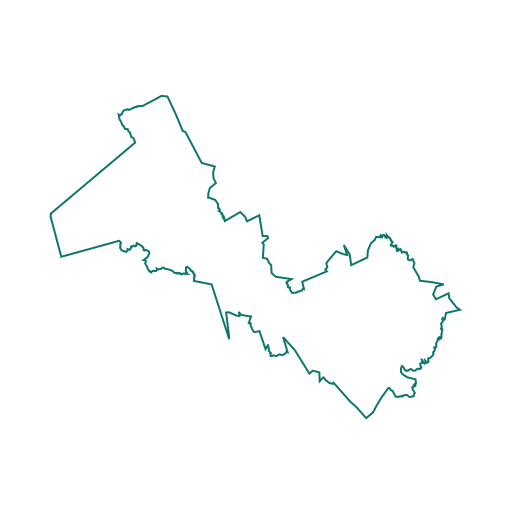 outline of Ocampo, Durango, Mexico, rotated 187°
{"feature_id": "50627088B65155836914423", "entity_name": "Ocampo", "entity_type": "district", "adm_level": 2, "iso_a3": "MEX", "parent_name": "Mexico", "parent_adm1": "Durango", "projection": "albers", "projection_center": [-105.7, 26.458], "detail": "fine", "context": "isolated", "style": "outline", "palette": "teal", "viewbox_px": 512, "rotation_deg": 187, "n_neighbors": 0, "source": "geoboundaries", "source_scale": "gbopen_adm2", "svg_char_len": 6037}
<svg xmlns="http://www.w3.org/2000/svg" viewBox="0 0 512 512"><g transform="rotate(187 256 256)"><path d="M50.7,229.4L59.0,237.6L60.3,242.4L72.1,235.0L75.5,239.3L73.3,247.6L66.1,250.7L78.6,251.5L90.2,251.4L92.2,255.8L98.3,263.6L98.5,264.3L97.9,267.8L98.1,268.8L99.3,270.2L99.4,271.3L100.1,272.0L100.6,272.1L102.0,270.6L103.5,270.5L104.8,271.1L105.2,273.5L105.0,274.7L105.5,275.5L106.2,275.9L106.7,277.9L107.0,278.0L107.2,277.3L109.9,278.3L110.5,277.6L111.8,277.2L112.3,278.7L113.4,280.4L114.2,279.7L115.3,280.3L115.5,279.4L115.9,280.1L116.1,279.4L115.8,278.8L116.6,278.2L117.1,279.1L117.0,280.4L117.4,280.5L118.3,282.3L117.9,283.5L118.4,283.7L119.0,283.0L120.2,283.0L120.4,282.1L122.4,283.0L123.1,282.6L123.6,283.1L122.7,285.1L122.9,286.6L122.5,286.7L123.8,287.8L124.4,288.9L124.6,288.7L125.3,290.3L126.6,290.8L127.4,291.5L128.0,290.2L128.4,289.8L129.0,290.0L129.1,290.9L128.6,290.9L128.3,291.2L128.3,291.9L128.7,292.4L128.6,291.7L129.2,291.8L129.9,290.9L130.4,290.8L130.6,290.9L130.4,291.6L131.1,292.3L132.3,292.5L133.0,291.2L134.4,291.3L134.7,291.8L135.1,291.1L135.1,290.6L132.4,289.9L139.1,289.6L140.1,286.4L143.5,282.6L145.6,275.2L145.3,268.1L160.4,258.5L163.1,268.8L170.1,277.6L165.7,268.1L169.8,268.5L177.0,270.5L184.8,258.5L185.2,256.8L183.8,253.5L185.6,251.0L183.8,249.4L207.0,236.1L204.4,229.2L205.3,229.5L206.2,227.4L209.0,226.0L210.1,225.9L211.1,224.7L215.4,223.8L216.1,224.0L218.3,227.0L218.4,228.9L220.0,228.7L220.6,229.1L220.8,231.2L221.7,232.0L221.7,232.5L222.1,232.5L222.4,232.9L222.2,233.5L222.5,234.0L217.9,237.4L233.9,237.8L238.4,240.9L239.9,248.9L241.9,250.4L244.7,254.6L249.0,255.1L249.7,268.4L251.3,269.9L246.2,275.3L247.2,277.2L251.8,276.5L257.7,296.8L269.2,289.3L271.5,293.5L277.0,297.7L291.1,287.0L291.2,288.2L291.5,288.5L291.9,288.3L292.2,289.8L293.0,289.6L292.9,291.2L293.3,291.2L293.1,291.4L294.1,292.4L294.3,293.1L295.1,293.2L294.8,293.7L295.1,294.2L297.0,295.4L297.2,296.1L298.0,296.2L297.6,296.7L297.7,297.1L298.1,297.0L297.8,298.1L298.1,298.6L299.2,298.9L299.1,299.2L299.7,299.7L300.1,302.9L303.3,306.7L309.8,308.2L310.6,308.1L310.9,312.6L310.1,317.8L304.7,323.6L307.5,327.6L308.8,333.6L307.8,339.8L321.2,341.7L341.2,370.5L344.0,371.2L352.1,385.6L363.3,403.5L369.3,403.4L386.8,391.1L390.8,390.6L392.3,389.6L392.5,389.8L393.1,389.6L393.5,389.0L394.6,389.0L395.2,388.3L396.1,388.1L398.7,386.1L400.1,385.6L400.7,385.9L400.9,385.5L401.6,385.8L403.8,385.0L405.3,383.9L406.1,382.4L406.4,380.4L407.3,380.1L408.0,379.1L409.6,379.7L408.0,374.8L407.1,373.9L404.3,369.3L403.4,369.0L401.5,366.2L398.9,366.3L397.8,364.3L396.2,363.2L394.4,359.1L391.7,357.9L389.8,353.8L464.9,273.0L464.6,272.4L464.8,270.4L449.2,231.5L393.7,254.4L391.6,252.7L392.2,250.8L391.6,249.3L392.0,247.6L390.1,245.4L388.7,244.7L387.6,244.9L385.7,244.1L385.0,244.5L384.2,245.9L384.4,247.2L382.1,246.8L380.8,249.2L381.2,250.1L380.9,250.4L379.8,250.4L378.6,251.5L377.2,250.8L376.3,251.3L375.9,252.2L376.1,253.9L375.9,254.3L370.0,251.7L369.7,250.9L369.2,250.9L368.5,249.9L368.4,248.3L367.2,247.8L366.4,248.6L363.6,248.0L362.6,247.0L362.1,245.5L362.7,244.4L363.0,242.8L364.2,240.8L364.8,240.6L367.0,238.3L365.3,238.3L365.0,237.9L364.6,236.7L365.2,235.2L362.5,231.7L362.3,230.6L360.4,228.5L360.2,227.8L359.2,228.0L358.1,226.9L356.7,228.7L353.5,228.9L352.6,230.1L352.7,230.5L352.2,230.6L352.6,231.3L351.3,230.8L349.7,231.2L348.5,231.7L347.8,232.8L346.2,233.3L344.9,232.2L341.8,232.2L337.0,231.0L335.1,229.5L334.2,229.2L332.9,229.6L332.3,229.0L331.4,229.7L330.7,229.6L330.8,229.2L330.3,229.2L330.1,229.7L329.3,229.7L328.5,229.4L328.3,228.7L327.2,228.8L326.0,229.8L324.9,229.7L324.3,230.1L323.5,229.4L323.0,230.0L322.0,230.0L322.6,230.4L322.5,230.9L323.7,232.5L324.0,233.5L323.8,234.6L324.2,235.9L323.9,236.4L323.0,236.8L319.8,235.2L319.3,233.7L318.3,233.6L318.0,233.0L317.0,233.0L316.6,232.7L316.2,232.3L316.4,231.7L316.1,231.1L314.8,230.3L314.5,229.1L314.8,229.0L314.2,228.4L314.6,227.0L315.0,226.5L314.6,225.9L314.6,223.7L296.6,222.4L272.5,170.2L273.7,176.0L278.8,196.3L276.0,196.8L268.1,194.5L265.2,194.4L265.4,196.8L266.5,198.5L263.6,195.7L253.6,195.3L255.0,188.6L253.4,188.6L253.0,188.4L253.4,187.9L253.1,187.7L253.0,186.6L252.4,185.3L251.8,184.9L250.9,182.7L248.5,180.2L243.4,181.8L235.2,164.7L233.1,169.7L233.1,166.9L232.0,166.3L232.0,164.7L231.6,163.3L229.5,161.6L229.9,161.1L229.6,160.8L229.6,159.3L229.3,158.6L228.0,158.5L227.1,159.4L226.4,159.6L224.1,159.0L222.1,160.0L222.0,160.5L221.3,161.1L217.4,161.0L215.2,162.4L214.5,164.1L213.9,164.6L212.9,164.3L219.2,178.8L206.0,167.3L188.7,145.8L185.6,149.1L179.0,148.2L177.5,139.5L174.6,143.6L174.0,143.7L172.2,141.6L167.4,138.7L166.1,138.8L164.2,138.4L163.6,139.7L144.5,122.8L137.7,118.1L126.9,108.5L120.8,115.0L118.1,122.2L114.3,130.7L108.6,141.0L107.2,141.0L105.4,139.1L104.0,138.8L100.3,133.4L97.5,133.5L96.6,134.1L95.8,134.0L94.3,135.0L93.7,134.4L92.1,135.9L89.2,136.5L87.0,135.0L85.0,134.9L84.5,135.5L82.5,136.0L82.3,138.2L81.8,138.7L81.7,139.5L84.0,142.5L84.9,144.5L84.2,145.0L83.7,147.0L82.9,147.0L82.4,146.2L82.0,146.6L82.0,147.6L82.7,147.8L82.8,148.2L82.7,148.6L81.8,149.3L81.8,149.7L82.7,153.0L91.3,154.1L96.1,156.6L98.0,158.4L98.4,162.3L97.8,163.7L97.9,164.5L97.5,164.6L96.0,163.5L94.4,161.1L93.6,161.0L92.6,160.1L91.7,160.8L90.4,161.1L89.8,162.0L88.3,162.7L86.0,161.3L84.0,161.6L82.3,163.7L79.4,163.9L78.2,165.4L78.5,165.9L79.1,166.1L79.8,168.7L79.8,169.5L78.6,169.9L78.0,171.1L78.8,173.3L78.4,173.2L78.2,172.3L77.5,171.8L77.0,170.5L75.7,169.7L75.0,170.3L74.8,170.8L75.3,172.7L74.5,172.0L73.7,170.7L72.0,171.9L72.0,172.7L72.4,173.3L72.6,175.4L70.9,175.8L68.8,178.4L67.9,180.2L68.5,182.0L67.3,183.5L67.4,184.3L67.0,185.4L67.1,186.0L68.0,186.7L67.9,187.1L66.4,187.4L65.9,188.2L66.6,191.0L65.4,194.5L65.5,195.9L64.2,195.5L63.7,196.4L64.4,197.4L64.1,198.0L63.2,198.0L63.0,196.8L62.6,196.5L62.1,197.0L62.2,199.8L62.5,200.4L62.2,201.8L62.4,204.5L62.0,206.0L62.4,206.4L63.5,206.3L63.0,209.0L63.5,210.1L64.1,210.7L63.8,211.9L62.7,213.4L62.9,213.9L62.7,214.8L63.6,216.3L63.1,217.3L61.3,215.7L61.0,215.9L60.4,222.6L47.1,227.5L50.7,229.4Z" fill="none" stroke="#0f766e" stroke-width="2"/></g></svg>